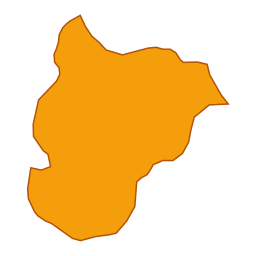 an SVG outline of Bilecik
{"feature_id": "TUR-2263", "entity_name": "Bilecik", "entity_type": "Province", "adm_level": 1, "iso_a3": "TUR", "parent_name": "Turkey", "parent_adm1": "", "projection": "orthographic", "projection_center": [30.109, 40.071], "detail": "fine", "context": "isolated", "style": "filled", "palette": "amber", "viewbox_px": 256, "rotation_deg": 0, "n_neighbors": 0, "source": "natural_earth", "source_scale": "10m", "svg_char_len": 826}
<svg xmlns="http://www.w3.org/2000/svg" viewBox="0 0 256 256"><path d="M207.1,64.3L209.8,75.0L221.3,95.2L228.3,104.0L209.3,104.9L194.3,117.1L191.0,129.5L188.6,142.2L182.4,153.5L172.9,160.6L162.8,160.5L153.2,164.7L150.4,169.8L147.2,174.6L141.6,177.6L136.7,181.8L134.8,206.6L126.7,221.0L116.3,233.1L109.3,234.8L95.4,236.6L80.6,240.6L72.5,238.4L51.7,223.6L45.2,220.8L37.8,215.8L34.7,212.0L28.4,198.8L27.7,188.5L30.8,167.8L41.3,170.1L50.6,166.6L48.0,154.4L43.1,150.5L33.5,136.5L33.2,124.2L38.6,99.9L56.6,81.0L59.8,74.3L59.0,67.7L54.7,62.4L54.0,54.6L56.4,48.9L58.4,42.4L59.3,34.5L62.7,27.9L66.3,24.0L70.4,20.8L80.2,15.4L85.3,26.3L91.9,36.3L99.2,42.5L106.1,50.0L122.4,54.9L148.1,48.1L156.1,47.3L162.9,49.2L170.1,49.2L175.9,52.8L180.3,59.8L183.5,62.4L197.4,62.0L207.1,64.3Z" fill="#f59e0b" stroke="#b45309" stroke-width="1.5"/></svg>